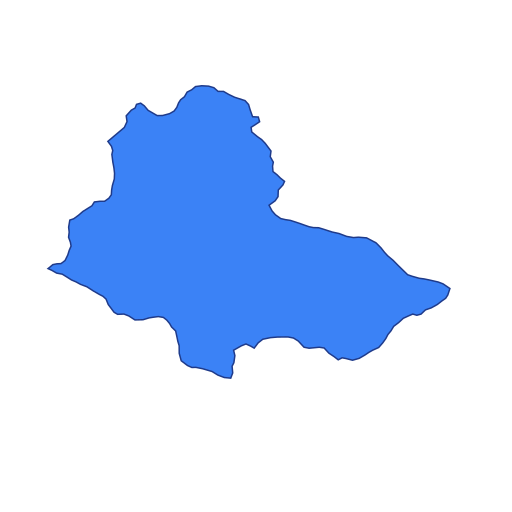 Jales, São Paulo, Brazil (orthographic projection), rotated 120°
{"feature_id": "56859067B36023538882283", "entity_name": "Jales", "entity_type": "district", "adm_level": 2, "iso_a3": "BRA", "parent_name": "Brazil", "parent_adm1": "São Paulo", "projection": "orthographic", "projection_center": [-50.554, -20.265], "detail": "fine", "context": "isolated", "style": "filled", "palette": "blue", "viewbox_px": 512, "rotation_deg": 120, "n_neighbors": 0, "source": "geoboundaries", "source_scale": "gbopen_adm2", "svg_char_len": 2638}
<svg xmlns="http://www.w3.org/2000/svg" viewBox="0 0 512 512"><g transform="rotate(120 256 256)"><path d="M230.8,441.6L233.3,436.0L236.3,432.8L240.1,431.6L246.3,426.9L250.6,423.2L255.2,419.8L260.2,417.2L266.8,415.6L271.1,414.0L275.3,411.9L279.5,412.3L284.3,414.5L286.7,418.6L290.0,423.0L294.6,423.2L298.7,425.4L304.0,428.2L309.5,430.1L314.9,432.5L318.0,435.2L324.7,432.7L328.8,429.7L333.5,427.7L336.9,423.6L339.9,421.1L344.4,420.6L349.3,419.5L355.4,419.1L360.1,421.1L362.3,424.5L365.0,427.6L370.9,429.8L370.5,425.6L370.5,420.1L368.6,414.7L368.8,408.1L369.0,403.8L368.4,398.8L368.3,393.8L367.2,387.0L367.6,379.3L367.6,372.7L367.4,368.4L368.3,364.3L371.9,359.7L374.1,354.5L375.7,350.8L375.7,346.7L372.3,341.3L371.5,336.1L371.9,328.9L367.7,322.0L363.0,317.6L360.5,314.5L357.3,310.3L355.5,305.5L356.1,301.3L357.7,297.0L359.7,293.6L361.1,288.1L365.4,284.2L369.0,281.0L372.1,277.7L378.7,273.8L384.1,268.4L385.1,260.6L384.6,255.8L382.5,252.4L380.3,245.8L378.0,236.3L378.2,229.5L377.1,222.7L374.4,216.8L368.9,217.7L363.4,221.6L359.5,221.8L352.8,224.5L348.8,228.3L341.0,223.7L337.2,220.7L336.7,215.7L336.7,211.5L330.1,210.7L324.7,208.5L319.5,202.7L315.4,196.8L310.1,187.8L308.3,182.5L308.5,176.9L311.0,168.8L309.3,163.9L303.4,155.6L301.6,151.0L303.7,144.3L304.1,138.0L304.8,132.9L301.1,130.5L299.8,126.8L298.0,120.3L293.1,115.5L287.2,112.1L282.9,110.0L279.3,107.9L273.9,104.0L267.8,102.8L262.5,102.3L258.1,102.5L253.4,101.7L248.1,101.6L242.4,99.2L236.3,97.3L231.1,93.6L227.9,91.2L226.9,87.1L223.8,84.0L217.9,82.3L213.3,78.3L207.3,74.7L202.1,72.6L197.8,70.6L193.9,70.4L187.2,71.8L186.6,80.1L187.4,85.1L190.0,93.6L191.8,99.0L193.7,103.6L195.5,110.7L196.4,115.3L193.1,128.3L191.2,135.1L190.0,142.0L188.6,146.5L186.5,151.7L184.6,158.5L185.0,169.3L188.5,176.7L191.3,180.8L193.7,187.3L195.0,195.3L197.2,202.2L199.0,210.7L200.2,215.9L202.7,220.5L204.1,224.6L205.1,229.8L205.8,233.7L206.9,239.1L208.0,244.1L209.8,248.7L211.2,253.3L210.6,259.8L208.9,264.7L205.5,270.1L198.6,267.0L193.6,266.6L187.7,269.7L181.0,268.2L177.1,268.6L176.3,274.0L175.1,278.5L174.4,283.5L169.9,286.6L166.1,287.9L162.9,293.3L157.6,295.5L153.9,304.2L152.4,309.2L151.9,314.6L150.7,321.7L147.0,324.6L143.2,322.6L137.9,320.0L134.5,323.5L137.1,328.6L132.2,334.3L128.5,338.2L126.9,343.2L129.2,353.8L129.7,360.2L129.7,366.4L132.4,371.2L131.3,376.6L132.6,382.0L135.7,388.1L139.5,393.1L144.2,394.8L148.5,397.6L153.9,397.6L158.3,399.4L162.1,399.6L166.9,398.9L171.4,399.4L175.9,402.0L181.0,407.1L183.8,411.8L183.8,422.3L181.8,427.8L181.3,432.3L184.4,435.3L188.3,434.7L192.0,436.9L199.5,438.5L204.1,434.9L210.5,434.3L230.8,441.6Z" fill="#3b82f6" stroke="#1e3a8a" stroke-width="1.5"/></g></svg>